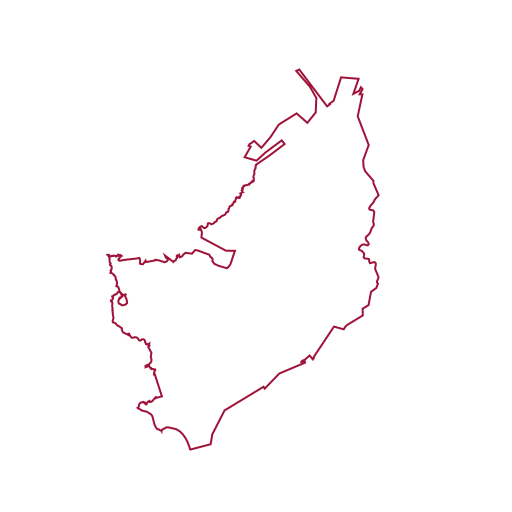 the district of Palizada, Campeche, Mexico, rotated 238°
{"feature_id": "50627088B79196396706593", "entity_name": "Palizada", "entity_type": "district", "adm_level": 2, "iso_a3": "MEX", "parent_name": "Mexico", "parent_adm1": "Campeche", "projection": "robinson", "projection_center": [-91.915, 18.262], "detail": "fine", "context": "isolated", "style": "outline", "palette": "rose", "viewbox_px": 512, "rotation_deg": 238, "n_neighbors": 0, "source": "geoboundaries", "source_scale": "gbopen_adm2", "svg_char_len": 6099}
<svg xmlns="http://www.w3.org/2000/svg" viewBox="0 0 512 512"><g transform="rotate(238 256 256)"><path d="M141.7,147.5L141.1,193.1L138.9,193.1L144.0,213.5L139.6,240.7L140.1,240.8L140.2,241.4L141.2,241.3L142.2,238.4L142.5,238.8L142.6,240.6L142.1,242.0L143.2,248.7L138.3,249.4L139.3,251.0L139.0,251.1L140.2,252.4L154.8,284.7L147.3,291.6L148.6,293.9L149.2,296.7L149.0,315.1L154.8,318.5L154.7,325.4L164.7,334.6L165.1,341.0L167.9,344.8L169.5,344.6L170.4,345.2L172.5,348.2L173.5,348.8L182.1,350.2L185.3,353.1L186.5,353.7L187.7,353.5L188.2,353.0L189.5,348.9L191.3,349.1L193.1,350.1L193.7,350.1L196.5,346.8L198.0,346.6L200.0,348.7L201.2,349.0L204.4,348.4L206.4,346.8L207.3,346.9L208.7,348.5L209.2,350.7L209.2,352.7L208.5,353.9L206.0,356.1L205.9,356.9L206.2,357.8L208.2,358.3L211.0,357.8L212.9,358.4L213.7,359.1L214.7,363.6L215.5,365.3L218.3,368.9L219.5,372.0L220.8,372.9L222.9,373.4L230.3,379.4L230.9,379.7L232.6,379.6L234.8,377.2L235.8,376.9L236.7,377.4L238.3,380.6L238.7,382.6L239.5,384.4L241.1,387.1L242.5,392.2L255.3,394.1L257.6,395.4L270.0,393.5L274.5,394.4L280.4,397.6L290.4,410.4L320.6,416.3L336.7,431.9L338.2,429.6L341.0,434.8L343.5,434.4L341.4,431.0L341.9,424.5L351.9,436.9L362.4,422.8L346.5,404.1L346.2,399.1L345.5,399.1L345.2,395.6L391.2,391.5L391.6,388.2L371.0,391.4L358.0,390.9L346.1,382.7L341.7,370.1L355.4,366.0L355.4,347.9L355.3,344.8L349.1,331.2L344.9,317.9L354.6,315.4L354.2,311.4L354.4,309.9L353.4,308.1L351.6,309.5L345.8,298.7L336.6,306.9L338.8,319.2L340.4,339.1L335.8,339.6L334.1,320.8L333.4,304.5L333.0,304.5L332.3,303.1L330.8,302.3L329.4,299.9L326.3,298.0L325.6,296.8L324.4,295.6L323.2,295.4L320.8,293.9L320.7,293.2L321.2,293.0L320.9,292.5L321.4,292.2L320.8,291.3L320.8,290.5L321.1,290.1L320.6,289.2L320.8,288.7L320.3,288.2L320.8,287.8L320.6,287.0L321.8,283.8L321.5,283.2L322.0,282.8L322.0,282.3L321.4,281.7L321.0,280.4L320.6,280.5L320.3,280.0L319.9,280.3L319.6,279.6L319.0,279.4L319.0,278.7L318.3,278.8L317.5,278.1L317.2,278.3L317.4,277.2L316.8,276.6L317.2,275.8L315.6,275.7L315.0,274.5L315.1,273.6L314.2,273.4L313.9,273.0L314.3,272.0L315.1,271.8L315.3,271.0L316.0,270.9L315.9,269.7L314.8,269.0L313.9,267.5L313.1,267.2L313.1,266.7L313.7,265.9L312.6,264.6L312.5,263.4L311.7,263.2L311.6,261.8L312.1,260.8L312.0,260.1L310.6,258.3L310.4,257.5L309.3,257.0L308.3,255.5L308.8,254.2L307.6,252.0L307.5,250.9L308.0,248.6L307.6,245.0L307.9,243.2L307.6,242.4L306.3,240.9L306.7,239.0L306.1,237.7L306.5,235.0L308.3,234.1L309.0,233.1L309.1,232.4L307.3,230.9L306.7,229.0L306.7,227.5L307.6,226.5L310.1,225.9L310.4,224.4L309.9,222.3L308.9,221.2L307.9,222.3L308.6,223.4L305.6,223.0L303.7,222.1L302.6,220.9L300.5,219.5L276.3,233.4L271.6,240.9L262.7,230.1L261.4,227.2L261.0,224.9L267.5,219.1L271.5,216.5L274.9,216.3L276.1,217.5L277.4,217.7L278.1,217.6L279.0,216.8L281.8,217.1L291.9,209.2L293.3,207.4L291.9,203.0L296.1,197.8L295.6,194.6L295.1,193.9L294.9,192.9L295.2,190.8L297.6,191.3L297.1,190.3L298.3,189.6L297.9,188.6L296.3,188.4L295.9,186.9L294.9,185.5L295.2,183.5L294.7,182.8L304.6,179.1L302.2,178.7L301.5,179.3L300.1,179.5L299.1,178.8L298.7,177.0L299.2,175.2L304.1,171.0L306.0,168.8L305.6,168.5L309.1,159.5L310.6,159.9L308.9,155.7L310.5,153.7L311.1,153.6L313.2,155.2L315.8,156.1L316.3,155.9L317.0,153.7L321.7,143.9L324.2,137.9L325.1,137.2L325.8,137.9L326.2,137.8L326.4,138.9L327.2,139.7L327.1,140.5L328.4,141.0L328.2,141.4L327.8,141.1L327.5,142.0L328.4,141.7L330.3,139.6L330.0,138.7L329.5,138.6L329.7,138.3L329.6,137.1L330.7,136.7L331.8,135.6L331.6,134.9L332.5,133.9L332.5,132.9L332.9,132.2L335.0,131.9L335.6,130.7L334.9,130.8L334.4,131.3L333.7,130.9L332.6,131.0L328.2,128.6L326.6,128.7L326.0,127.5L325.0,127.6L324.3,128.1L323.2,127.8L321.4,126.6L320.6,124.9L320.0,125.1L319.1,124.4L319.1,123.9L318.8,123.6L318.2,124.4L317.1,125.0L315.6,125.5L315.1,125.3L314.3,125.8L312.5,125.6L311.2,125.2L310.3,124.5L309.5,124.8L307.6,124.3L306.0,123.3L304.4,121.6L303.1,122.7L302.7,122.7L300.3,122.3L298.0,121.3L297.2,121.8L294.0,122.1L292.8,123.9L292.6,125.1L292.3,125.1L291.7,123.8L287.7,123.2L285.0,122.1L284.3,121.6L284.0,119.5L284.5,117.5L285.4,116.0L286.6,115.8L288.3,114.5L289.7,114.8L291.1,115.7L291.7,116.7L292.0,117.8L292.3,118.0L292.6,117.8L292.8,118.5L292.2,118.6L292.3,119.5L293.0,120.8L294.2,121.3L293.0,121.6L293.5,122.1L293.1,122.1L293.4,122.5L294.1,121.7L297.7,121.4L298.5,120.2L298.5,119.6L297.6,117.7L298.1,116.3L297.7,115.2L298.1,114.5L297.7,113.1L297.9,112.6L297.5,112.5L297.3,112.8L296.8,112.8L295.6,112.1L295.1,110.8L295.2,109.6L294.6,109.6L294.4,109.1L294.1,109.1L293.6,109.7L292.1,109.2L289.5,107.3L287.4,106.6L286.7,105.7L285.5,105.6L284.9,104.8L283.7,104.5L282.7,103.7L282.3,103.7L278.8,102.2L276.9,100.0L275.6,99.5L273.8,101.0L270.4,101.7L269.3,102.5L265.7,104.0L264.4,103.0L261.6,102.8L257.8,105.2L257.8,106.5L257.3,107.2L256.9,107.0L256.8,106.2L256.3,106.0L255.8,107.0L253.5,107.0L252.2,107.7L251.8,108.3L251.4,110.2L250.2,111.6L248.6,112.2L247.2,112.0L245.9,112.5L245.5,113.7L245.8,114.4L245.5,115.7L244.9,116.6L243.9,116.9L242.5,116.8L241.5,116.2L240.8,116.4L239.5,116.0L238.9,116.5L238.7,117.5L238.3,118.0L238.3,119.1L237.7,118.6L238.1,117.6L236.6,118.2L236.3,118.0L236.5,117.2L236.0,116.4L229.3,116.0L226.4,113.4L223.6,112.5L222.2,111.5L221.6,110.7L220.9,107.9L221.4,104.1L220.2,103.4L219.5,107.3L218.0,106.9L217.2,107.1L216.8,107.6L216.4,107.7L216.1,107.2L215.6,107.3L214.3,109.4L213.2,109.9L213.1,110.3L212.6,110.2L212.1,108.7L211.8,108.6L210.4,107.1L209.4,106.8L209.4,107.5L186.8,101.8L188.4,96.8L189.3,96.4L189.0,96.0L189.3,96.0L188.7,93.5L188.1,92.1L187.8,90.1L188.5,88.5L189.6,88.8L189.7,87.6L189.2,85.4L188.2,84.7L188.3,84.2L190.1,83.5L190.6,84.1L190.9,84.1L191.3,83.2L192.1,83.0L192.3,81.3L192.8,80.9L192.6,79.2L191.4,77.6L190.5,76.9L189.8,75.7L189.9,75.1L189.5,75.1L186.2,77.1L185.4,77.2L184.2,78.7L183.2,79.3L182.3,80.6L177.5,83.0L175.9,83.3L174.0,82.9L166.8,80.6L163.9,80.3L161.3,80.6L160.1,82.0L159.4,82.0L158.5,83.0L157.7,83.0L158.0,83.2L158.0,84.0L158.4,84.3L158.2,89.1L156.8,91.2L151.4,96.6L147.6,98.5L143.8,99.4L139.3,99.7L134.9,99.4L129.1,98.3L127.1,97.6L126.6,97.9L120.4,117.8L127.9,124.4L141.7,147.5Z" fill="none" stroke="#9f1239" stroke-width="2"/></g></svg>